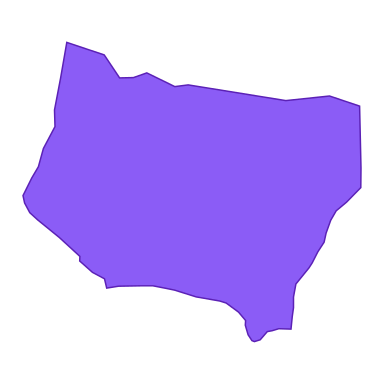 outline of Chibok, Borno, Nigeria
{"feature_id": "59680162B32856652540007", "entity_name": "Chibok", "entity_type": "district", "adm_level": 2, "iso_a3": "NGA", "parent_name": "Nigeria", "parent_adm1": "Borno", "projection": "natural_earth1", "projection_center": [12.855, 10.837], "detail": "fine", "context": "isolated", "style": "filled", "palette": "violet", "viewbox_px": 384, "rotation_deg": 0, "n_neighbors": 0, "source": "geoboundaries", "source_scale": "gbopen_adm2", "svg_char_len": 873}
<svg xmlns="http://www.w3.org/2000/svg" viewBox="0 0 384 384"><path d="M59.2,237.4L79.9,256.4L79.7,261.0L92.5,272.4L104.5,278.8L106.7,288.1L118.6,286.2L141.0,285.8L145.8,285.8L152.9,285.8L166.7,288.5L174.5,290.1L184.4,293.2L196.2,296.9L219.7,301.0L226.1,303.0L238.5,312.1L245.6,320.5L245.3,325.2L248.1,334.8L250.8,338.9L251.9,340.6L254.4,341.6L260.2,339.8L267.3,331.6L272.2,330.7L278.8,328.7L291.0,329.1L292.3,316.3L293.5,307.7L293.5,297.0L295.9,284.0L308.9,268.0L312.2,262.9L317.8,251.9L324.1,242.2L326.1,233.1L330.7,220.3L336.2,210.8L346.5,202.2L360.8,187.6L361.0,168.2L359.6,106.1L329.5,96.0L285.8,100.6L188.2,84.9L174.8,86.6L146.8,72.9L133.4,77.6L119.6,77.9L104.2,54.9L87.4,49.3L66.8,42.4L60.5,78.6L54.5,110.0L55.0,126.6L43.4,148.5L38.4,166.7L31.8,177.9L23.0,195.6L24.6,203.0L29.8,212.7L37.8,220.0L59.2,237.4Z" fill="#8b5cf6" stroke="#5b21b6" stroke-width="1.5"/></svg>